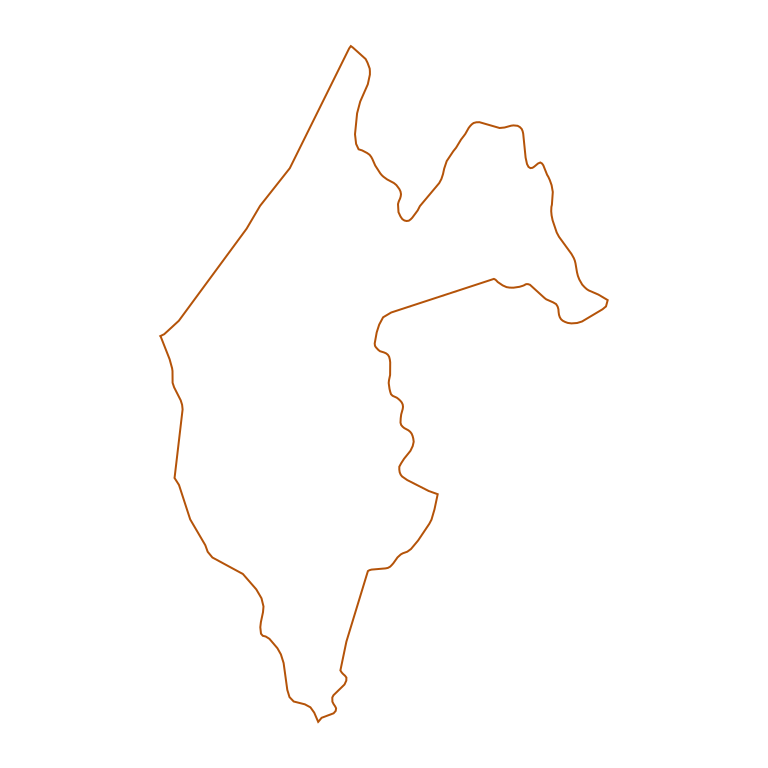 the border of Thiès
{"feature_id": "SEN-768", "entity_name": "Thiès", "entity_type": "Region", "adm_level": 1, "iso_a3": "SEN", "parent_name": "Senegal", "parent_adm1": "", "projection": "natural_earth1", "projection_center": [-16.596, 14.801], "detail": "fine", "context": "isolated", "style": "outline", "palette": "amber", "viewbox_px": 768, "rotation_deg": 0, "n_neighbors": 0, "source": "natural_earth", "source_scale": "10m", "svg_char_len": 3358}
<svg xmlns="http://www.w3.org/2000/svg" viewBox="0 0 768 768"><path d="M160.3,336.1L164.2,334.2L178.8,320.8L246.6,228.7L260.1,205.8L289.8,168.2L349.1,48.5L350.8,46.1L352.8,47.5L365.7,59.1L367.5,62.7L369.7,68.6L369.9,71.3L369.9,74.6L367.8,84.3L360.2,101.6L357.1,113.3L355.0,134.3L356.1,143.9L358.6,149.3L362.1,150.4L367.1,153.0L369.6,154.8L371.2,156.9L372.4,159.1L375.2,165.5L380.3,173.4L381.8,175.2L383.4,176.7L387.1,179.4L394.0,183.1L396.4,185.1L399.3,189.0L400.5,191.5L401.0,194.2L400.7,196.4L400.1,198.5L399.2,200.4L398.6,201.9L398.0,204.1L398.5,212.2L400.5,216.5L402.3,219.1L404.4,220.5L406.6,221.0L408.8,220.7L410.6,219.4L412.2,217.8L417.7,210.4L419.9,206.1L439.2,183.1L441.4,179.0L443.0,174.1L444.2,168.6L446.7,161.1L453.3,151.2L456.1,147.7L461.0,139.6L465.2,134.1L468.7,127.9L470.1,126.1L471.7,124.4L473.6,123.0L476.3,122.3L479.5,122.2L499.6,128.0L504.6,127.5L511.1,125.7L513.5,125.4L517.6,125.8L519.9,127.1L521.7,129.0L522.6,131.1L523.2,133.7L525.6,157.6L527.0,164.0L528.5,166.9L530.4,168.1L532.5,167.8L534.3,166.6L538.0,163.5L540.3,162.5L542.0,163.5L543.3,165.3L547.1,174.8L548.3,176.8L549.8,180.1L551.6,185.2L552.8,192.0L551.9,204.8L551.4,206.9L551.2,211.2L551.6,215.4L552.6,220.3L556.7,232.5L559.0,236.8L571.5,254.0L573.8,258.1L574.8,260.6L575.5,263.4L577.0,272.3L577.9,275.9L579.3,279.5L582.2,284.6L584.5,287.1L586.7,289.1L588.7,290.4L598.4,294.6L607.7,300.1L606.0,306.4L602.5,309.3L582.0,321.5L577.1,323.0L571.4,323.4L567.7,322.9L565.0,321.9L562.7,320.7L561.0,319.2L559.8,317.2L559.0,314.8L558.6,312.0L558.4,309.2L557.6,306.5L556.1,304.1L553.2,302.4L546.2,299.3L544.4,297.9L530.0,284.8L527.9,284.1L526.3,284.1L525.6,284.4L525.3,284.5L525.1,284.6L524.7,285.0L522.8,285.8L519.5,286.8L513.4,287.7L509.6,287.6L506.5,287.1L502.7,285.4L497.7,282.0L496.7,280.9L495.5,279.7L493.9,278.9L391.2,312.5L383.1,317.3L379.2,324.6L376.7,332.4L374.7,343.5L375.0,345.8L375.9,347.3L378.3,349.9L380.0,351.2L383.9,352.4L386.0,353.3L387.8,354.7L389.1,356.7L389.8,359.4L390.2,362.3L390.1,375.0L389.0,380.2L388.7,383.0L389.5,388.8L390.2,391.7L391.0,394.2L392.6,395.8L396.8,397.7L398.6,399.1L400.3,400.7L401.7,402.4L402.7,404.5L403.0,406.8L402.7,409.0L401.2,414.4L400.7,418.4L400.5,422.7L401.2,425.0L402.6,426.7L404.3,428.1L408.4,430.3L410.2,431.8L411.6,433.6L412.6,436.0L413.3,438.7L413.7,441.8L412.7,446.1L410.4,450.9L404.1,458.7L401.2,463.2L399.3,466.7L399.3,469.6L399.7,472.3L400.7,474.7L402.1,476.5L407.3,480.1L428.7,491.0L437.7,494.2L434.5,509.3L431.5,519.6L429.3,523.8L418.1,540.5L411.0,549.0L407.3,551.7L402.8,553.3L400.8,554.4L397.5,557.4L393.3,563.3L391.7,565.1L390.1,566.7L387.9,567.9L385.5,568.4L371.5,569.6L369.4,570.2L367.9,571.1L346.4,641.6L340.4,670.4L341.7,672.5L343.2,674.1L345.0,675.7L346.4,677.6L346.3,680.6L344.5,684.5L333.5,695.2L332.3,697.5L332.4,701.7L333.6,704.1L335.1,706.3L336.1,708.3L335.7,710.9L333.6,713.3L321.6,717.8L318.3,721.8L318.2,721.9L314.2,712.6L310.4,707.3L304.8,704.3L293.7,701.5L289.5,697.1L287.3,689.9L283.6,663.0L280.9,654.4L277.4,648.2L269.4,638.8L265.7,636.5L262.8,635.8L261.0,633.7L260.3,627.2L260.9,622.1L263.0,612.2L263.5,606.5L261.5,598.3L256.3,589.4L242.9,574.0L212.4,557.5L207.7,551.8L205.3,545.2L190.2,519.4L179.0,485.0L174.5,477.9L174.6,477.6L182.6,409.4L182.1,404.8L180.7,400.3L174.1,387.3L172.6,382.8L172.5,371.0L172.1,368.3L169.6,359.2L160.8,336.8L160.3,336.1Z" fill="none" stroke="#b45309" stroke-width="2"/></svg>